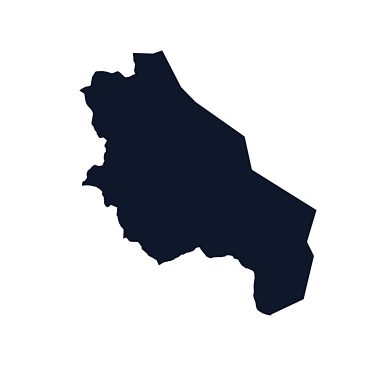 Pagli, Samchi, Bhutan, rotated 229°
{"feature_id": "84629894B20130203426207", "entity_name": "Pagli", "entity_type": "district", "adm_level": 2, "iso_a3": "BTN", "parent_name": "Bhutan", "parent_adm1": "Samchi", "projection": "mercator", "projection_center": [89.207, 26.85], "detail": "fine", "context": "isolated", "style": "filled", "palette": "ink", "viewbox_px": 384, "rotation_deg": 229, "n_neighbors": 0, "source": "geoboundaries", "source_scale": "gbopen_adm2", "svg_char_len": 4321}
<svg xmlns="http://www.w3.org/2000/svg" viewBox="0 0 384 384"><g transform="rotate(229 192 192)"><path d="M334.6,238.7L333.3,237.7L331.5,236.6L329.6,234.9L327.7,234.2L325.9,233.8L324.9,233.1L323.9,231.9L322.5,230.2L321.6,228.9L320.0,227.9L318.1,227.9L317.3,228.0L318.0,227.0L317.8,225.4L318.2,224.6L318.5,223.8L318.6,222.9L319.2,221.0L319.4,219.9L321.0,217.3L322.2,216.1L323.5,215.9L324.9,215.8L329.3,215.3L331.0,214.8L331.6,214.2L332.4,211.5L332.8,210.3L333.7,208.7L336.1,207.3L337.6,206.4L338.9,205.4L341.2,203.6L342.3,202.2L343.4,200.9L344.6,199.4L345.3,198.2L345.3,197.4L345.0,196.7L344.6,195.3L344.1,193.9L343.7,192.5L342.7,191.2L341.3,189.4L339.1,187.0L338.0,185.2L339.0,182.8L340.5,180.7L340.9,179.0L341.6,175.6L341.6,174.6L338.5,175.6L336.4,175.9L333.4,173.9L332.7,173.5L329.8,171.7L327.1,170.7L323.4,170.6L320.3,170.8L316.6,169.9L316.0,169.5L314.5,168.2L313.9,167.2L311.7,164.7L310.0,162.4L308.7,161.3L306.0,161.4L302.4,159.9L300.3,160.1L299.2,159.8L298.1,159.0L295.8,158.6L293.9,158.3L292.7,159.9L291.6,161.9L290.3,161.9L288.3,162.2L287.3,162.5L286.3,162.5L286.0,161.7L285.3,160.3L284.8,159.1L284.4,157.7L283.8,156.7L282.1,156.5L281.0,156.1L279.8,155.3L278.6,154.2L278.1,152.9L278.1,151.8L277.5,150.9L276.9,150.1L275.6,148.8L274.5,147.8L272.8,147.2L272.2,146.6L272.0,145.8L271.3,144.4L270.2,142.4L270.7,140.5L271.5,139.2L272.1,138.2L273.5,137.3L274.6,136.7L275.8,135.9L275.9,135.1L276.0,133.8L275.9,131.8L275.6,130.9L275.6,129.9L275.7,127.6L275.2,126.4L274.5,125.1L273.4,124.1L272.6,123.8L271.6,123.2L271.2,122.7L270.7,121.7L270.5,120.6L270.1,119.0L270.0,117.9L270.7,117.0L270.6,116.2L269.8,115.1L269.0,114.2L267.0,117.2L265.9,118.4L264.9,119.3L263.7,120.3L262.9,121.0L262.0,121.6L261.2,122.2L260.4,122.8L259.3,123.6L258.0,124.1L257.1,124.2L256.5,124.6L255.7,124.8L254.1,125.0L252.8,125.3L251.7,125.2L250.8,125.0L250.3,124.7L249.5,124.2L249.2,123.3L247.0,122.8L246.3,122.9L245.3,122.6L244.6,122.2L244.3,121.5L243.5,121.2L242.5,120.5L241.7,119.6L240.3,118.7L238.8,118.4L236.9,118.5L236.4,119.1L236.2,120.2L236.6,121.4L236.1,122.7L234.9,123.5L233.4,124.3L231.9,125.0L231.1,125.2L230.2,125.8L229.7,126.8L228.5,125.8L227.7,124.6L227.2,124.3L226.7,123.9L225.0,122.1L224.4,121.3L223.4,120.5L222.8,120.6L221.1,119.9L219.4,118.7L218.3,118.3L217.4,117.9L216.0,117.2L214.6,117.0L213.5,116.7L212.2,116.4L211.0,116.5L210.3,116.6L209.2,116.6L208.6,116.6L207.8,116.0L207.2,115.5L206.3,114.8L202.3,110.8L201.7,112.5L200.2,113.3L198.6,113.3L197.7,113.3L196.3,113.1L194.5,114.3L194.0,114.8L193.0,116.0L192.0,117.2L191.1,118.0L190.2,119.1L188.7,119.3L187.7,119.2L186.2,119.0L184.7,118.9L183.6,118.9L182.7,118.1L181.7,117.4L178.9,117.9L176.8,118.1L174.8,118.4L173.7,118.2L172.3,118.2L171.1,118.7L169.1,119.6L167.8,120.0L166.9,120.3L165.5,120.8L164.1,121.3L163.2,121.1L162.0,120.8L160.6,120.4L159.0,119.8L158.2,124.7L157.8,125.5L157.2,126.5L156.7,127.4L156.4,127.9L155.9,129.2L155.6,130.0L155.0,130.3L154.7,131.0L154.5,131.9L154.0,133.0L153.6,134.7L153.7,135.5L153.2,137.3L152.8,138.2L152.5,139.4L152.5,140.3L152.5,141.7L152.4,142.6L152.3,143.3L151.1,144.8L150.7,146.7L150.3,148.4L149.7,149.6L149.2,150.2L148.3,152.4L147.7,153.7L147.4,155.7L147.9,157.8L147.6,159.5L147.2,160.1L146.5,161.3L146.2,162.3L142.1,161.7L135.7,161.4L134.8,161.5L134.0,161.3L132.5,162.1L131.4,162.3L131.0,162.7L129.9,163.8L129.5,164.8L129.1,165.8L128.5,166.9L127.8,167.5L126.4,169.5L125.5,170.4L124.3,171.8L123.6,173.0L122.7,174.3L122.3,175.4L122.4,176.7L121.3,177.9L120.8,178.6L120.3,179.5L119.3,179.9L117.8,181.0L116.0,181.5L114.5,180.8L113.4,181.6L112.5,182.3L111.2,183.0L109.8,183.1L108.4,182.7L105.7,182.3L103.6,182.2L101.2,183.0L99.8,183.1L98.3,184.4L96.3,185.4L94.2,186.4L92.4,187.0L91.0,186.9L89.4,186.3L87.4,184.9L85.7,183.6L84.3,182.0L82.6,180.0L79.8,177.1L77.1,175.0L75.1,173.3L74.7,172.8L73.4,171.2L72.9,170.7L70.4,169.5L67.8,168.6L66.4,168.0L64.8,166.9L63.4,166.0L62.1,165.3L60.9,164.9L59.4,164.9L57.8,165.4L55.8,165.9L53.7,166.8L52.2,167.8L50.4,168.7L49.4,169.6L48.3,170.3L48.0,171.0L48.4,171.4L38.7,205.8L64.2,241.4L79.4,245.4L97.0,273.2L169.6,251.0L199.4,267.3L257.5,253.0L278.3,251.8L317.9,261.5L321.4,252.9L322.9,251.3L323.9,250.2L324.5,249.7L324.9,249.2L325.3,248.7L326.2,247.8L327.1,246.8L328.0,245.8L329.0,244.9L330.3,243.3L331.3,242.3L332.0,241.5L333.5,239.9L334.6,238.7Z" fill="#0f172a" stroke="#020617" stroke-width="1.5"/></g></svg>